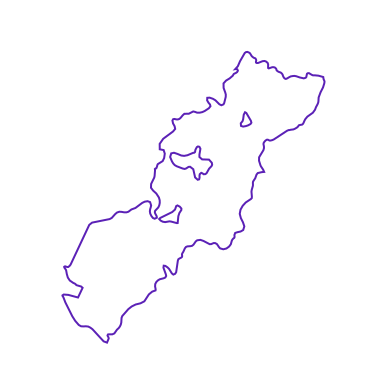 Batken, Equal Earth projection, rotated 315°
{"feature_id": "KGZ-1119", "entity_name": "Batken", "entity_type": "Region", "adm_level": 1, "iso_a3": "KGZ", "parent_name": "Kyrgyzstan", "parent_adm1": "", "projection": "equal_earth", "projection_center": [71.05, 39.853], "detail": "fine", "context": "isolated", "style": "outline", "palette": "violet", "viewbox_px": 384, "rotation_deg": 315, "n_neighbors": 0, "source": "natural_earth", "source_scale": "10m", "svg_char_len": 5396}
<svg xmlns="http://www.w3.org/2000/svg" viewBox="0 0 384 384"><g transform="rotate(315 192 192)"><path d="M308.7,139.1L310.2,138.7L310.8,137.3L310.2,136.2L309.5,135.7L313.3,135.5L318.4,133.5L327.6,131.0L329.2,131.3L330.3,132.2L331.1,134.4L330.9,135.7L330.3,138.2L330.4,139.7L330.6,140.8L331.3,142.3L331.0,143.6L330.3,144.5L329.3,145.1L328.8,145.7L329.0,146.6L330.0,147.5L334.4,149.4L335.9,150.6L336.6,152.0L336.8,154.1L336.1,155.6L333.9,157.7L333.5,158.2L333.7,158.9L337.0,160.5L338.0,161.5L338.6,162.5L338.7,163.9L338.5,164.8L337.9,165.7L337.9,166.8L338.2,168.2L339.2,170.3L339.3,171.7L339.1,173.0L338.5,174.1L338.0,175.5L337.8,176.6L337.9,177.6L338.3,178.4L339.4,178.9L342.1,179.6L343.6,180.1L345.3,181.3L346.5,182.3L347.6,183.9L349.2,187.2L351.4,190.7L353.1,191.6L354.2,191.5L356.1,190.2L357.0,189.7L358.1,190.0L358.8,190.8L359.5,193.7L360.0,195.0L361.4,196.4L363.7,199.2L366.1,203.5L364.8,205.3L364.2,206.9L363.8,207.6L363.2,208.1L362.2,208.8L358.6,210.7L353.4,212.4L348.4,214.7L345.6,217.2L344.5,218.0L342.9,218.7L339.6,219.7L337.2,220.8L333.5,221.4L326.9,220.3L323.6,220.6L322.0,221.1L319.7,222.0L318.6,222.3L317.5,222.2L315.5,220.8L314.7,220.4L313.1,220.7L311.6,220.6L309.3,220.0L307.9,219.4L305.7,217.7L304.8,217.2L304.2,216.6L302.5,215.9L287.1,212.7L285.5,212.1L284.0,211.2L283.2,210.4L282.6,208.6L281.8,207.9L280.3,207.6L278.5,207.7L277.1,208.1L276.3,208.8L275.2,210.5L274.0,211.8L272.1,212.9L264.0,214.9L261.5,217.3L259.2,221.7L258.9,222.6L258.1,226.5L257.2,228.8L255.4,227.3L251.9,225.1L250.0,225.3L246.4,227.0L243.4,227.6L242.4,227.9L241.6,228.5L240.2,230.0L239.4,230.7L235.8,232.7L234.3,233.8L231.0,237.7L229.9,238.6L228.6,238.6L222.6,237.4L218.1,237.6L213.8,238.8L210.3,241.2L208.1,245.0L206.6,249.5L204.7,253.3L201.3,255.1L198.4,254.3L195.8,252.6L193.6,251.5L191.6,252.4L190.3,253.9L189.4,254.3L188.5,254.1L186.9,254.2L185.7,254.6L182.5,256.4L179.6,256.8L176.4,256.3L173.6,254.6L172.0,251.7L172.1,250.0L172.5,248.2L172.8,246.3L172.2,244.4L171.2,243.4L168.7,242.4L167.6,241.4L165.5,234.7L164.1,231.8L161.5,229.8L159.7,229.6L155.8,230.3L154.0,230.1L152.7,229.3L150.3,227.2L148.9,226.6L147.1,226.8L143.7,228.1L141.9,228.5L140.9,228.9L140.3,229.6L139.8,230.3L139.1,230.8L138.1,230.8L135.9,230.1L134.8,229.9L133.5,230.5L124.1,237.5L122.2,237.9L120.4,237.2L120.2,235.3L121.4,230.3L121.4,228.0L120.9,225.4L119.9,224.1L118.3,225.3L115.3,231.7L114.4,233.1L112.7,233.6L111.0,233.0L107.5,230.9L105.4,230.4L103.1,230.4L100.9,231.1L99.1,232.7L97.5,235.1L96.6,235.8L93.4,234.3L89.1,233.9L81.0,235.6L76.9,234.3L72.6,231.7L68.4,230.3L64.2,229.8L55.0,230.4L53.2,231.2L49.7,234.3L47.9,235.4L45.9,236.1L44.0,236.4L41.6,236.3L37.1,237.1L35.0,236.3L32.4,233.7L31.8,233.3L30.8,233.7L30.4,234.6L30.2,235.7L29.5,236.7L25.4,238.4L23.9,235.1L24.6,218.6L24.2,216.0L23.5,213.8L22.0,211.9L20.2,210.3L18.6,208.5L17.9,205.9L18.3,200.5L19.5,195.2L24.4,180.5L26.4,176.0L26.9,174.6L27.0,173.8L27.3,173.5L28.8,173.8L31.8,177.3L36.8,186.0L46.9,182.4L46.8,180.5L44.4,176.1L44.5,175.1L44.4,174.2L44.2,173.4L43.8,172.6L43.0,168.2L43.7,164.7L45.4,161.6L47.6,158.4L47.9,157.5L48.3,155.1L48.8,154.5L49.7,154.8L50.8,156.9L51.4,157.5L53.1,157.7L54.8,157.5L96.1,142.6L99.7,143.0L114.6,152.9L116.9,153.6L122.1,153.3L124.5,153.5L126.7,154.6L128.2,156.3L129.5,158.2L131.2,160.0L133.1,161.0L136.8,161.5L140.7,163.3L149.1,164.5L151.7,165.4L154.1,167.1L155.2,169.5L153.6,172.6L151.9,173.7L150.2,174.6L148.6,175.8L147.2,177.7L146.3,180.3L146.0,182.7L146.7,184.5L149.0,185.3L149.9,184.1L150.8,181.1L151.5,179.9L152.7,179.2L157.2,179.1L159.4,178.3L161.5,176.9L163.3,175.0L164.7,172.5L165.7,167.8L165.5,163.5L166.0,160.0L168.8,157.4L175.5,155.1L176.9,154.2L181.0,150.7L181.7,149.9L182.0,149.5L182.6,149.5L183.1,149.7L183.5,150.0L185.4,149.2L186.2,148.6L187.5,148.1L193.1,149.4L196.3,148.3L199.9,145.6L201.6,142.3L199.4,139.0L203.2,135.1L209.3,134.0L221.4,135.8L224.7,135.5L226.2,133.2L227.1,130.1L228.7,127.6L230.2,127.2L231.3,128.0L232.2,129.5L233.3,130.7L234.8,131.4L236.5,131.5L239.7,131.2L241.9,131.3L245.1,134.4L249.8,135.9L250.8,137.5L251.7,139.5L253.6,141.4L255.8,142.8L258.2,143.7L263.1,144.7L265.7,144.4L266.6,142.9L266.8,140.5L267.5,137.9L269.4,136.2L271.2,137.8L272.7,140.9L273.4,143.7L273.4,149.3L274.1,151.4L276.2,152.3L277.6,151.9L283.1,148.6L284.8,147.0L285.9,145.1L287.9,140.8L291.1,137.5L294.9,137.3L299.0,138.3L303.1,138.6L304.4,138.2L305.0,138.1L305.8,138.3L307.0,138.8L308.7,139.1ZM222.2,165.9L221.4,165.8L221.0,165.6L220.7,165.2L214.8,162.8L212.0,160.9L210.2,158.6L208.7,154.9L207.0,151.5L204.6,150.0L201.3,151.8L199.5,156.1L198.9,158.5L198.8,160.8L199.4,163.0L202.0,168.8L203.1,170.5L204.5,171.2L207.3,171.8L208.5,172.8L209.0,176.8L204.5,183.9L204.7,187.4L206.0,188.1L207.5,187.2L208.9,185.7L210.1,184.9L212.1,185.0L212.6,186.2L212.8,187.7L214.1,188.8L215.6,189.0L220.6,187.6L224.1,187.5L225.5,187.0L226.7,185.3L226.9,181.1L222.2,176.1L222.0,172.5L223.7,170.8L228.5,167.4L229.2,165.3L228.4,164.0L227.1,163.7L224.5,164.5L223.9,164.8L222.7,165.7L222.2,165.9ZM151.2,187.9L149.7,187.9L149.6,190.0L150.3,192.3L151.7,194.3L155.3,196.8L156.3,198.1L159.3,203.3L159.9,203.8L165.3,199.4L168.3,197.9L171.7,197.2L172.8,196.2L173.0,193.7L172.2,191.2L170.9,190.8L167.6,192.4L163.9,192.2L151.2,187.9ZM281.4,185.3L283.0,185.0L284.0,183.3L286.3,174.5L285.9,173.1L283.3,173.9L279.5,176.8L277.7,177.7L275.1,177.9L273.4,179.9L274.4,181.9L276.7,183.5L278.7,184.5L281.4,185.3Z" fill="none" stroke="#5b21b6" stroke-width="2"/></g></svg>